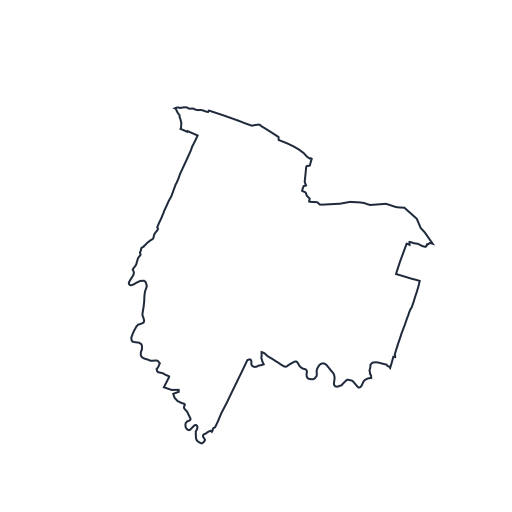 Hantesti, Suceava, Romania (Mercator projection), rotated 146°
{"feature_id": "2599482B54866642936153", "entity_name": "Hantesti", "entity_type": "district", "adm_level": 2, "iso_a3": "ROU", "parent_name": "Romania", "parent_adm1": "Suceava", "projection": "mercator", "projection_center": [26.365, 47.754], "detail": "fine", "context": "isolated", "style": "outline", "palette": "slate", "viewbox_px": 512, "rotation_deg": 146, "n_neighbors": 0, "source": "geoboundaries", "source_scale": "gbopen_adm2", "svg_char_len": 6129}
<svg xmlns="http://www.w3.org/2000/svg" viewBox="0 0 512 512"><g transform="rotate(146 256 256)"><path d="M228.7,90.5L227.4,92.7L227.4,94.5L227.3,94.8L226.9,95.1L226.0,97.5L223.4,99.9L221.8,101.9L220.2,102.3L218.9,102.4L216.1,100.9L214.6,99.7L210.7,95.3L209.1,93.6L208.5,92.8L208.5,91.5L208.1,90.7L207.4,89.9L207.4,88.2L204.4,90.6L198.4,95.7L197.2,94.4L196.4,95.5L195.9,96.9L189.8,101.8L189.0,102.2L188.9,102.6L180.9,108.6L178.7,110.4L171.0,115.8L165.9,119.7L162.1,122.3L160.9,123.4L157.3,125.7L155.9,126.2L151.8,129.2L147.0,133.1L141.8,137.1L137.4,140.8L134.2,143.8L138.4,148.8L138.9,149.1L139.1,149.4L144.1,155.6L148.2,160.6L150.0,162.7L147.5,164.8L139.6,170.9L124.2,182.0L122.4,179.4L121.3,181.3L120.9,181.8L119.7,180.7L119.1,179.9L118.0,178.2L117.6,178.0L117.2,177.7L116.3,176.7L115.0,175.7L112.7,171.4L112.1,170.7L110.8,169.2L110.5,168.9L109.4,168.8L108.9,169.4L108.3,169.4L108.1,169.7L107.6,170.1L106.4,169.4L105.7,169.6L104.9,169.6L103.8,168.8L102.7,167.4L102.9,181.3L103.8,187.1L101.9,197.0L106.0,213.1L109.8,215.9L112.6,218.3L117.0,224.0L119.1,226.6L132.9,234.5L134.8,236.8L136.5,239.2L139.5,242.0L147.8,248.3L157.0,252.3L173.0,261.9L174.4,263.1L175.0,265.9L175.7,266.8L180.4,270.3L181.5,271.5L179.4,273.6L180.1,277.0L180.0,278.3L179.5,279.9L179.4,280.8L179.8,281.7L181.3,284.1L180.4,285.2L177.4,287.3L175.1,286.5L174.2,290.2L164.7,301.6L163.6,302.2L161.7,301.2L160.8,300.9L157.0,304.2L155.5,305.3L156.0,306.5L157.0,306.8L158.2,309.8L158.9,314.6L160.9,320.3L163.7,326.1L167.2,332.0L172.3,339.5L170.8,342.1L174.9,351.7L179.1,361.0L179.3,362.3L180.5,363.6L183.2,364.9L186.6,366.4L190.2,371.2L194.2,377.0L203.9,390.2L213.7,402.9L215.2,402.2L216.7,403.7L218.6,406.4L220.3,408.1L222.4,409.3L223.3,410.1L224.7,411.7L225.3,413.0L226.3,413.8L229.0,415.5L229.5,416.1L230.0,417.5L230.6,418.2L232.9,419.7L236.4,421.3L237.0,422.3L237.8,422.9L238.5,423.3L240.7,423.8L240.3,423.1L240.2,422.6L240.6,420.3L240.8,418.6L240.8,417.5L240.7,415.8L240.8,415.2L241.0,414.7L241.5,414.1L241.8,413.7L242.0,412.3L242.6,410.3L243.1,409.5L243.3,408.4L243.7,407.8L244.2,407.2L245.6,405.3L246.4,404.4L247.5,403.6L243.5,397.4L242.9,397.8L237.0,388.5L243.8,384.5L247.7,382.4L249.0,381.5L250.3,380.4L258.3,375.4L273.1,366.5L276.5,363.9L281.5,360.7L282.4,360.4L292.7,352.9L297.8,350.3L304.2,346.3L306.7,344.9L308.1,343.8L313.5,340.2L317.6,337.8L321.8,335.1L322.0,333.6L322.1,333.2L323.9,332.3L326.2,331.7L328.3,330.8L328.8,330.2L330.0,329.3L330.8,328.4L332.3,327.8L334.4,328.0L338.4,327.8L341.6,327.1L343.1,327.0L343.9,326.5L346.2,326.8L347.2,326.2L348.1,325.2L349.2,324.4L350.3,323.8L350.9,321.7L351.6,321.3L354.4,320.5L355.7,319.7L357.1,318.4L358.0,317.8L359.5,316.4L360.5,315.7L363.1,314.7L364.4,314.4L365.8,313.7L366.0,312.1L366.6,310.4L368.1,308.9L375.2,305.7L376.5,304.8L377.0,303.5L376.5,302.0L375.3,301.3L372.7,300.8L369.8,300.7L365.7,300.0L362.7,298.1L362.1,296.4L362.4,294.9L363.3,292.1L368.1,288.4L371.0,285.1L373.9,281.1L376.3,278.2L379.2,275.0L382.4,271.7L383.4,270.0L384.0,267.3L385.0,264.8L386.3,263.7L388.3,263.9L390.1,264.3L392.1,265.0L394.4,264.5L398.9,262.2L402.2,260.1L405.1,258.0L406.3,255.5L406.3,254.2L404.6,252.3L401.5,249.6L400.5,247.5L400.5,246.0L402.1,243.2L403.3,241.9L403.8,241.8L405.3,240.5L406.6,238.9L407.1,237.6L407.1,237.2L407.2,236.7L407.1,236.1L407.0,235.6L406.5,234.4L405.9,233.4L403.4,230.3L402.0,228.1L400.3,227.0L397.5,225.4L396.9,225.0L396.2,224.1L396.0,223.5L395.7,220.9L398.1,219.3L400.2,218.2L401.6,217.9L402.3,215.9L402.2,214.5L398.9,211.0L397.6,208.4L395.4,204.9L395.6,204.3L405.8,198.7L400.9,192.2L395.0,188.3L396.0,186.6L401.7,188.0L402.8,183.9L402.1,179.4L401.4,178.4L400.1,176.0L398.1,173.5L398.0,173.2L398.0,172.9L398.2,172.5L399.9,171.3L400.5,170.6L400.6,170.1L400.7,169.7L400.7,168.8L400.2,165.5L400.2,164.8L400.7,161.8L401.0,159.4L401.2,158.3L401.5,157.3L401.7,157.1L402.2,156.9L403.1,156.8L405.3,157.3L405.8,157.3L406.7,157.1L407.7,156.8L408.8,155.7L409.8,154.0L410.0,153.4L410.1,152.7L410.1,151.6L410.0,150.9L409.5,149.7L408.8,149.0L408.3,148.9L407.2,148.9L401.9,150.0L400.7,149.8L400.4,149.6L400.1,149.1L399.9,148.3L400.1,147.4L400.4,146.6L401.6,145.4L403.1,144.7L404.1,144.1L404.4,143.7L407.2,139.3L407.7,138.3L408.0,137.2L408.1,136.6L408.1,135.4L407.3,133.4L406.7,132.2L406.2,131.4L405.5,130.9L405.1,130.8L403.4,131.0L401.5,131.7L401.1,132.1L401.0,132.5L400.9,135.7L400.5,136.6L400.1,137.0L399.5,137.2L399.0,137.3L396.9,136.9L393.7,137.0L391.3,136.4L391.0,136.0L390.9,135.0L389.3,135.8L388.8,136.5L388.0,137.0L387.1,137.1L385.6,136.9L380.7,139.8L372.6,145.1L362.6,150.5L352.9,156.2L340.1,163.6L337.9,164.9L334.3,166.9L329.9,169.5L321.4,174.5L319.4,174.0L319.0,173.9L318.6,173.3L318.4,172.8L318.5,172.3L318.8,171.2L319.1,170.6L320.2,169.2L320.4,168.7L320.6,168.1L320.6,167.3L320.4,166.6L319.9,165.6L319.0,164.7L317.6,164.0L317.2,163.9L315.3,163.7L312.2,162.4L310.2,161.9L309.8,164.6L308.7,168.2L308.5,168.6L307.1,170.2L305.1,173.2L304.2,172.1L303.5,170.8L303.2,170.1L302.6,167.4L302.1,165.8L301.2,163.9L299.9,161.3L298.5,157.8L297.5,155.8L295.8,151.5L294.7,149.3L294.0,148.2L293.3,147.6L292.9,147.4L292.1,147.3L289.1,147.4L283.4,146.9L282.5,146.6L281.8,146.2L281.3,145.4L281.2,145.0L281.2,144.3L281.4,141.4L281.4,140.4L281.1,138.9L280.6,137.4L280.2,136.5L278.4,134.5L278.2,134.0L278.1,133.4L278.1,132.8L278.2,132.2L278.6,131.4L279.7,130.3L280.3,129.5L281.0,128.5L281.4,127.4L281.4,126.4L281.4,125.8L281.2,125.1L280.7,124.4L279.8,123.6L278.4,122.4L277.5,121.9L277.1,121.8L275.7,121.7L273.5,122.4L273.0,122.6L272.1,123.4L271.5,124.3L270.1,126.7L269.2,127.6L268.2,128.4L267.5,128.8L265.1,129.9L264.3,130.1L262.7,130.3L261.2,129.9L260.4,129.4L259.6,128.7L259.3,128.3L258.7,127.0L258.4,125.3L258.1,121.8L257.5,115.7L257.5,114.8L257.8,113.7L258.1,112.8L259.1,110.8L262.8,106.6L263.1,106.0L263.3,105.6L263.3,104.8L263.2,103.9L262.9,103.3L262.4,102.8L261.5,102.1L258.6,101.4L257.6,101.0L256.9,101.1L255.2,101.6L250.1,102.5L249.5,102.4L249.1,102.1L247.0,100.0L246.1,98.8L245.8,98.2L245.6,97.0L244.9,90.6L244.6,89.7L244.1,89.3L243.5,89.1L242.7,89.0L241.6,89.2L240.8,89.6L236.9,91.9L236.2,92.1L235.0,92.3L233.6,92.2L231.8,91.9L228.9,90.7L228.7,90.5Z" fill="none" stroke="#1e293b" stroke-width="2"/></g></svg>